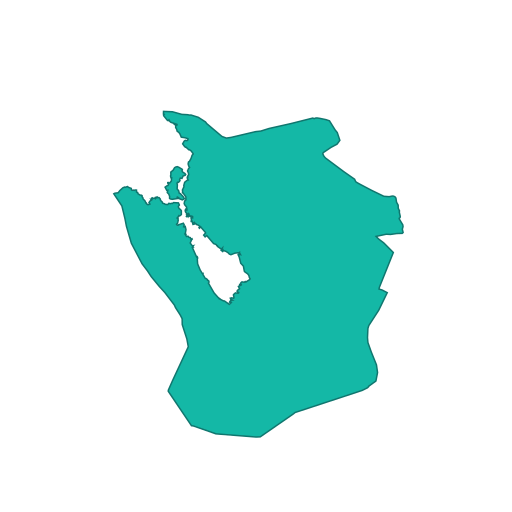 outline of Kota Kendari, Sulawesi Tenggara, Indonesia, rotated 236°
{"feature_id": "22746128B80961359079738", "entity_name": "Kota Kendari", "entity_type": "district", "adm_level": 2, "iso_a3": "IDN", "parent_name": "Indonesia", "parent_adm1": "Sulawesi Tenggara", "projection": "mercator", "projection_center": [122.584, -4.0], "detail": "fine", "context": "isolated", "style": "filled", "palette": "teal", "viewbox_px": 512, "rotation_deg": 236, "n_neighbors": 0, "source": "geoboundaries", "source_scale": "gbopen_adm2", "svg_char_len": 6152}
<svg xmlns="http://www.w3.org/2000/svg" viewBox="0 0 512 512"><g transform="rotate(236 256 256)"><path d="M85.2,268.8L84.4,274.7L84.7,276.3L85.0,276.5L85.3,285.5L91.4,291.6L98.4,295.0L112.0,297.9L121.7,300.4L126.0,302.8L133.4,308.3L135.3,310.7L142.4,327.4L152.2,344.3L157.2,341.6L159.8,339.5L161.0,340.7L182.1,371.8L195.2,369.3L201.8,367.1L205.1,366.5L201.2,376.2L198.7,379.5L195.9,385.3L193.0,389.9L193.2,391.1L196.4,392.3L198.1,394.3L199.7,395.1L206.7,395.5L207.2,395.8L207.3,396.9L208.1,397.7L212.4,399.4L213.1,400.2L216.0,400.6L218.7,402.3L222.0,402.6L225.8,404.4L227.5,404.3L228.8,403.4L229.5,402.5L230.7,399.6L234.0,395.4L245.7,388.6L257.6,382.2L261.2,380.4L262.5,380.3L264.5,380.7L276.7,376.0L298.4,368.4L300.6,368.1L303.4,368.5L304.1,369.6L304.1,378.9L303.4,385.8L305.0,390.2L312.9,392.4L316.3,392.1L327.0,392.5L330.0,390.2L334.2,386.1L336.4,383.7L337.1,382.4L337.3,381.1L338.6,380.2L346.3,358.9L354.4,338.2L356.9,329.8L359.3,325.3L368.2,301.8L370.3,297.4L374.2,294.6L393.3,289.2L395.4,289.1L403.3,285.7L409.3,280.9L409.8,279.9L411.5,278.2L414.9,273.7L422.3,267.4L427.6,260.2L425.7,258.8L424.8,259.1L424.7,258.2L423.7,257.9L418.0,258.4L417.3,258.8L417.6,260.0L415.7,259.8L414.4,260.2L409.3,264.1L408.8,263.9L408.8,263.5L410.2,263.0L410.6,262.1L409.2,262.5L407.4,261.2L405.4,261.1L403.5,260.4L401.7,261.1L399.9,261.2L396.3,260.5L393.6,263.4L391.3,265.2L390.9,265.1L390.2,264.0L390.3,263.1L391.4,262.1L391.4,260.7L390.0,257.9L386.6,258.0L385.5,258.4L385.4,258.8L381.6,259.7L381.3,260.3L379.3,261.0L375.9,261.1L375.6,260.8L375.3,259.4L373.2,256.7L371.7,253.8L371.7,252.6L370.3,251.2L368.2,250.5L366.6,250.5L366.2,249.0L364.8,246.8L362.6,246.4L361.0,245.6L360.4,244.0L359.8,243.7L360.0,243.5L359.7,243.1L359.4,243.3L359.0,242.6L356.9,242.3L357.3,241.3L357.0,238.1L354.9,235.6L353.7,235.0L351.8,231.8L351.3,231.8L349.7,230.5L349.4,230.5L349.3,230.8L344.2,230.9L341.7,229.3L341.5,227.6L339.7,225.8L338.3,225.5L335.6,225.8L332.8,224.6L332.6,224.2L334.1,223.8L333.6,223.0L332.9,222.5L331.8,222.2L330.3,222.4L329.5,221.8L329.2,222.2L329.1,223.8L328.3,223.9L328.0,223.2L328.5,222.3L328.4,221.6L327.8,220.4L327.3,220.5L326.9,221.2L327.1,223.3L326.8,223.1L327.0,223.5L325.9,224.0L325.5,223.6L325.2,223.7L325.1,225.0L324.1,225.5L323.0,224.7L323.8,223.9L323.6,223.3L321.1,222.3L321.2,221.7L320.8,221.6L320.4,222.4L317.4,221.4L317.0,222.5L317.6,223.3L318.4,223.3L318.4,223.7L316.7,223.6L316.5,224.2L315.3,224.3L314.4,225.1L311.6,226.3L311.5,224.7L310.7,224.6L310.9,226.4L304.1,227.2L303.3,227.1L302.6,224.3L300.3,224.5L300.5,226.6L290.0,227.8L287.8,229.4L286.7,229.3L286.1,229.8L285.5,229.4L281.1,231.1L281.4,232.6L280.6,231.7L279.8,231.8L279.8,231.5L280.6,231.3L280.3,230.3L278.3,230.9L278.6,231.7L279.6,231.5L279.6,232.0L279.1,231.8L276.6,233.7L273.9,234.8L272.6,234.9L271.1,235.9L270.2,240.0L268.8,242.9L268.2,243.5L268.2,244.1L267.3,243.2L267.3,244.1L265.9,243.9L267.0,243.1L266.7,242.8L267.2,242.0L267.0,241.9L266.4,242.6L266.5,241.8L264.6,241.5L258.5,239.3L254.7,239.9L249.9,237.8L249.0,237.9L245.9,239.1L243.9,239.2L241.7,238.4L240.4,238.4L240.0,237.5L240.1,233.0L240.9,232.8L240.8,231.6L242.4,229.9L242.3,228.6L241.7,227.8L240.3,227.7L240.2,227.0L241.4,226.4L240.4,225.6L240.6,224.4L238.1,224.1L237.9,221.4L237.4,220.6L235.2,221.1L235.1,220.4L236.9,218.3L236.8,216.9L236.4,215.5L234.2,214.7L233.5,213.9L235.0,212.3L235.4,211.1L234.4,210.9L232.6,211.7L233.4,210.3L233.1,209.6L232.8,209.7L232.9,209.0L232.5,208.3L231.2,209.3L230.8,206.8L236.4,204.7L237.0,203.9L240.8,201.8L240.8,202.1L242.7,201.4L248.9,200.6L260.1,201.4L260.4,202.2L261.5,202.9L262.5,202.7L262.9,202.2L263.8,202.5L265.3,202.0L265.8,201.4L270.6,201.7L271.2,202.4L271.7,201.7L275.7,201.9L282.1,203.2L286.3,205.6L286.9,206.5L288.1,206.9L288.6,206.8L288.5,206.2L298.6,208.0L298.4,209.0L299.4,208.9L299.6,209.7L299.9,208.9L303.6,208.7L305.2,211.3L305.6,211.3L305.6,212.5L306.1,212.6L306.2,211.6L308.0,211.8L309.0,210.8L310.4,210.7L311.0,209.3L313.7,209.4L313.3,210.0L314.4,210.2L317.0,212.7L320.2,213.9L320.4,213.6L319.6,213.3L320.7,212.3L322.0,213.9L323.8,214.1L325.2,209.3L325.0,208.8L325.5,208.1L326.4,207.8L326.8,207.9L327.0,209.2L327.7,210.0L329.1,211.5L329.5,211.5L330.4,212.3L331.6,211.8L331.8,213.3L332.1,213.4L332.6,214.6L332.1,214.7L331.9,215.7L332.1,217.3L335.2,219.4L336.8,219.4L338.2,218.8L340.0,219.0L340.5,219.3L341.1,221.0L343.4,221.4L346.4,217.5L346.3,216.0L347.0,215.3L347.3,214.1L348.4,213.3L348.0,211.6L349.6,209.6L350.4,209.4L352.0,208.1L353.1,208.5L354.6,208.1L355.9,208.1L356.7,208.5L358.6,208.3L359.7,206.8L359.9,205.6L360.5,205.6L360.6,206.0L360.8,205.4L360.2,205.3L359.8,204.6L360.5,204.4L361.3,203.0L362.3,202.5L362.3,201.8L361.0,201.4L360.9,201.0L361.6,200.5L360.8,200.4L360.9,199.1L360.2,197.2L358.4,197.1L358.9,195.1L360.2,194.5L361.3,194.7L361.4,194.4L363.9,194.8L366.5,194.3L367.6,194.8L368.9,194.7L369.7,195.3L370.4,195.1L371.3,194.0L373.5,193.0L374.8,193.4L375.8,192.7L377.5,193.8L378.4,192.5L378.4,191.9L379.2,191.2L379.2,190.7L380.3,189.7L381.8,190.4L384.3,188.6L385.4,188.4L386.1,186.0L386.6,185.7L387.0,183.8L386.4,179.7L385.5,177.1L387.0,174.1L387.1,172.9L372.5,172.8L360.4,168.3L353.1,165.2L336.3,159.8L313.2,157.2L304.5,157.7L297.5,157.6L284.8,158.8L276.8,160.0L261.0,160.9L258.2,160.4L249.6,160.2L245.3,159.7L240.4,156.5L225.9,152.3L218.6,149.1L199.7,117.7L193.8,108.3L192.9,107.6L151.4,107.6L150.2,109.0L131.0,123.3L105.9,154.8L103.7,158.4L104.2,198.8L104.4,200.9L85.2,268.8ZM356.1,218.3L353.7,217.7L352.2,216.6L351.3,216.8L349.8,218.3L347.5,223.2L348.8,223.5L348.7,224.0L348.0,223.9L347.5,224.5L346.9,224.1L343.7,226.3L343.5,228.7L345.9,228.8L349.9,228.2L351.0,227.5L353.4,228.4L355.7,228.1L358.9,230.6L360.5,231.2L361.0,232.1L360.4,232.8L360.8,234.7L361.1,235.2L362.1,235.4L362.9,236.8L361.7,238.0L363.1,240.3L362.5,242.4L362.9,243.3L364.2,243.2L366.8,242.1L368.0,242.3L368.6,243.2L369.2,243.3L372.8,241.6L374.1,240.7L374.7,239.0L374.7,237.8L373.5,235.3L373.2,232.3L370.6,230.6L370.2,229.9L368.3,229.2L368.0,229.8L365.5,227.7L364.8,225.3L365.0,224.4L365.8,224.6L366.2,223.9L365.8,223.6L364.4,223.6L363.7,222.6L364.0,221.3L363.9,219.1L360.3,218.7L359.8,219.7L358.2,217.9L356.1,218.3Z" fill="#14b8a6" stroke="#0f766e" stroke-width="1.5"/></g></svg>